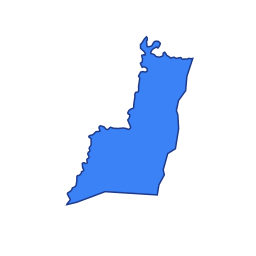 Mineral, West Virginia, United States of America (Robinson projection), rotated 333°
{"feature_id": "52423323B84161084981084", "entity_name": "Mineral", "entity_type": "district", "adm_level": 2, "iso_a3": "USA", "parent_name": "United States of America", "parent_adm1": "West Virginia", "projection": "robinson", "projection_center": [-78.932, 39.443], "detail": "fine", "context": "isolated", "style": "filled", "palette": "blue", "viewbox_px": 256, "rotation_deg": 333, "n_neighbors": 0, "source": "geoboundaries", "source_scale": "gbopen_adm2", "svg_char_len": 2546}
<svg xmlns="http://www.w3.org/2000/svg" viewBox="0 0 256 256"><g transform="rotate(333 128 128)"><path d="M97.9,116.8L93.7,118.0L91.3,117.6L90.3,117.3L89.8,117.5L89.4,117.7L89.1,117.9L89.1,118.4L89.3,119.0L89.9,120.0L90.1,121.1L87.6,126.1L86.5,127.0L84.7,127.9L84.0,128.9L84.0,129.8L83.9,130.6L83.6,131.1L83.1,131.5L82.5,131.6L81.8,131.5L80.4,132.8L80.2,133.8L80.4,135.0L80.1,136.2L79.4,136.8L78.1,137.0L77.0,137.4L76.6,138.2L76.4,139.5L76.1,140.3L75.6,140.5L75.0,140.5L74.4,140.5L73.8,140.2L73.2,139.0L72.2,138.7L71.6,138.7L71.0,139.1L69.5,143.0L69.7,144.3L69.3,145.7L68.3,146.1L67.1,145.8L66.4,146.1L65.7,147.4L62.8,148.1L61.7,147.5L61.0,147.6L60.3,148.2L58.9,151.1L55.7,155.6L53.8,156.3L51.2,156.2L49.3,157.9L44.5,158.6L44.0,159.6L44.1,165.5L43.6,166.0L39.6,167.8L38.7,168.5L48.7,170.9L78.7,174.3L123.7,200.9L129.7,192.7L139.1,186.2L140.4,181.2L151.8,168.8L160.8,168.0L172.8,151.6L178.4,138.8L179.0,134.5L185.4,126.5L196.3,120.9L203.9,108.7L217.3,95.4L215.4,94.8L214.0,93.6L212.0,93.5L210.0,92.3L208.0,91.6L207.4,90.9L207.3,89.8L207.0,89.4L206.5,88.9L202.9,88.0L202.4,87.7L201.1,85.8L200.6,85.6L197.8,85.1L197.7,85.1L197.3,83.8L195.6,81.1L195.3,78.1L195.1,77.1L193.7,77.2L193.2,77.4L192.3,79.2L191.4,79.6L188.4,79.2L187.4,78.7L185.3,76.8L185.1,76.1L185.0,75.3L184.4,74.1L184.0,73.6L183.4,73.3L182.2,71.9L182.2,71.6L182.6,70.9L185.1,69.2L187.4,68.8L190.0,68.8L190.6,69.3L190.6,70.0L191.3,70.3L193.6,68.9L195.1,67.4L195.2,66.8L194.4,64.6L192.5,63.4L190.8,63.0L188.5,64.2L186.6,65.6L184.7,65.4L182.4,64.6L182.1,64.3L182.1,63.7L183.8,59.3L184.3,58.7L185.1,58.4L185.9,56.7L186.0,56.0L185.8,55.1L183.1,56.1L178.5,58.8L177.5,59.0L177.1,59.1L175.4,62.6L177.1,67.3L177.2,68.5L177.1,69.9L176.5,70.6L175.8,70.5L175.4,69.9L173.2,69.5L172.4,72.1L172.3,73.1L170.4,75.8L168.7,75.8L168.3,76.3L168.2,80.4L170.1,80.7L171.5,82.5L172.0,83.8L171.0,85.9L169.7,86.3L168.2,85.6L167.1,84.6L164.7,83.9L164.3,84.2L161.0,86.5L161.1,88.6L160.8,89.4L155.9,96.3L155.9,96.7L154.2,99.8L153.6,100.3L152.9,100.3L150.9,99.8L149.4,101.1L148.2,103.5L144.3,109.0L142.1,112.6L141.6,112.8L139.0,112.4L137.1,112.7L135.6,113.6L134.6,114.5L134.5,115.0L134.8,116.0L135.5,116.6L135.6,117.0L134.7,118.5L133.3,119.8L131.4,120.7L130.8,128.3L130.4,129.0L130.0,129.1L127.9,129.6L127.3,129.2L126.5,127.9L124.0,126.0L118.7,123.8L114.9,121.6L112.9,119.5L111.9,119.5L109.7,120.2L109.0,120.1L108.0,119.2L107.5,118.0L107.5,117.3L107.1,116.0L104.4,113.5L103.2,113.7L102.6,114.1L102.2,114.9L102.0,116.1L101.9,117.3L101.4,118.1L97.9,116.8Z" fill="#3b82f6" stroke="#1e3a8a" stroke-width="1.5"/></g></svg>